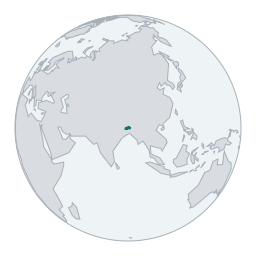 the Earth from above Meghalaya, rotated 344°
{"feature_id": "IND-2489", "entity_name": "Meghalaya", "entity_type": "State", "adm_level": 1, "iso_a3": "IND", "parent_name": "India", "parent_adm1": "", "projection": "orthographic", "projection_center": [91.449, 25.547], "detail": "medium", "context": "on_globe", "style": "filled", "palette": "teal", "viewbox_px": 256, "rotation_deg": 344, "n_neighbors": 0, "source": "natural_earth", "source_scale": "10m", "svg_char_len": 11065}
<svg xmlns="http://www.w3.org/2000/svg" viewBox="0 0 256 256"><g transform="rotate(344 128 128)"><circle cx="128" cy="128" r="113" fill="#eef3f6" stroke="#a8b0b8"/><path d="M171.0,23.9L170.4,23.7L174.8,26.9L179.5,29.5L175.8,27.9L187.2,34.4L191.7,38.6L184.5,33.0L182.1,31.8L184.1,34.0L182.1,33.3L182.0,34.1L179.4,33.2L175.4,30.3L173.7,29.7L175.2,31.4L173.6,31.8L171.6,29.4L168.7,29.9L161.4,25.9L158.1,21.5L152.0,19.7L143.1,16.7L141.8,16.7L137.6,16.0L134.5,15.9L133.7,15.7L132.0,15.8L133.3,16.1L133.0,16.3L131.3,16.3L130.0,15.9L130.6,15.9L129.4,15.8L129.4,15.6L128.5,15.8L127.1,15.5L126.0,15.9L122.8,15.8L122.5,15.6L125.8,15.5L128.7,15.4L137.4,15.8L146.0,16.8L154.5,18.5L162.9,20.9L171.0,23.9ZM183.4,31.7L182.1,30.6L184.0,32.0L183.4,31.7ZM182.4,34.4L183.4,35.0L182.9,35.2L182.4,34.4ZM178.5,34.0L177.4,34.3L177.9,33.5L178.5,34.0ZM126.4,15.4L125.8,15.4L122.1,15.5L126.4,15.4ZM176.3,34.1L173.6,35.1L175.6,36.4L168.4,33.6L173.1,33.5L173.3,32.2L174.6,33.5L176.3,34.1ZM134.4,16.1L133.0,15.9L135.7,16.1L134.4,16.1ZM136.3,16.3L145.3,17.3L146.6,17.9L143.3,17.4L146.3,18.4L142.5,18.2L140.0,17.6L139.9,17.1L138.6,17.4L136.3,16.3ZM164.9,32.0L163.6,31.9L164.2,31.5L164.9,32.0ZM133.0,16.4L134.7,16.5L136.0,17.0L132.8,17.0L133.4,16.8L133.0,16.4ZM148.9,18.9L149.3,19.4L146.3,19.3L146.1,19.6L142.5,18.3L148.9,18.9ZM132.3,16.7L131.2,17.0L129.1,16.9L131.5,16.4L132.3,16.7ZM137.7,17.2L138.1,17.5L136.8,17.3L137.7,17.2ZM120.9,16.9L122.9,16.7L123.8,16.9L120.9,16.9ZM130.9,17.2L131.7,17.2L132.2,17.4L131.1,17.6L130.9,17.2ZM140.7,18.4L139.4,18.3L142.0,18.9L139.9,19.1L137.9,18.2L137.9,18.6L137.2,18.7L136.3,18.0L140.7,18.4ZM131.6,18.2L128.3,17.5L124.4,17.6L123.6,17.4L130.0,17.2L131.6,18.2ZM134.4,18.1L132.5,18.1L132.4,17.7L133.7,17.5L134.4,18.1ZM139.2,19.5L142.9,19.5L143.2,19.7L139.2,19.5ZM130.4,18.3L131.3,18.5L130.2,18.4L130.4,18.3ZM136.5,19.2L137.8,19.1L138.1,19.3L136.5,19.2ZM131.8,19.1L130.8,18.8L131.6,18.5L131.8,19.1ZM134.0,19.2L134.1,19.5L132.6,18.6L134.5,19.1L134.0,19.2ZM136.6,19.4L137.2,19.5L136.0,19.4L136.6,19.4ZM129.2,20.2L127.0,19.1L128.9,18.6L130.7,19.6L129.2,20.2ZM31.2,70.4L37.4,63.5L36.1,67.0L39.3,71.8L39.2,73.5L35.5,77.7L35.3,89.5L39.1,86.9L42.2,95.1L46.4,98.0L53.7,89.5L46.9,84.5L49.0,79.1L57.1,79.1L63.5,84.0L64.5,82.1L63.2,75.6L67.5,73.5L63.1,73.1L62.8,75.6L60.0,75.6L60.1,73.3L61.6,72.6L60.5,70.5L53.6,75.0L52.6,78.1L47.8,75.7L45.7,80.7L43.4,81.7L46.2,73.8L48.1,71.6L51.0,62.1L48.6,64.0L45.7,73.3L45.4,71.9L42.1,75.1L44.3,71.6L48.2,61.4L45.8,59.6L37.8,64.9L37.5,63.7L39.4,60.0L47.1,52.0L47.1,55.6L49.9,53.3L54.0,48.3L53.7,50.0L55.4,48.6L55.8,49.9L60.5,48.4L61.5,49.6L67.3,45.9L68.6,46.2L64.8,48.2L62.7,50.5L65.8,54.2L67.5,54.0L71.0,51.4L71.4,52.9L74.5,50.0L78.2,51.2L76.2,47.4L80.3,44.8L84.7,44.1L85.7,42.7L78.5,43.9L76.0,45.1L74.4,47.1L67.2,50.4L65.3,49.9L71.5,44.3L69.5,43.1L75.2,39.7L91.0,37.7L95.6,38.8L94.7,46.0L91.4,47.0L90.0,44.8L87.6,49.2L89.6,47.7L89.9,49.2L93.9,47.4L94.3,48.4L97.4,45.3L98.4,46.3L96.4,48.3L103.1,47.1L106.2,48.9L107.5,48.2L108.1,47.0L111.6,50.4L112.4,49.8L111.6,48.3L112.7,46.2L116.0,44.0L117.0,45.3L116.0,46.3L115.3,50.5L112.4,53.2L113.2,53.6L116.0,51.6L116.7,46.3L118.4,44.6L118.5,47.0L118.6,46.0L119.8,45.6L121.9,46.5L122.0,43.9L133.4,38.8L138.6,40.4L137.5,42.8L146.5,41.7L151.7,44.3L150.9,42.9L154.8,41.9L153.2,41.0L153.1,40.3L162.1,38.1L165.1,38.8L168.1,36.9L167.6,36.3L165.6,35.6L168.4,33.6L175.6,36.4L176.2,37.7L180.3,38.9L181.0,41.7L183.5,44.8L181.8,47.6L183.9,50.1L185.3,50.3L189.2,54.2L192.4,61.8L183.7,54.5L177.7,44.4L179.6,48.2L177.3,47.1L176.9,48.5L178.4,51.4L179.7,51.8L172.9,56.7L172.9,65.3L177.3,64.4L180.8,66.8L184.7,77.5L179.0,93.2L183.6,97.8L184.3,101.1L181.4,103.4L180.2,98.7L176.6,97.2L176.4,94.4L171.3,97.1L170.8,93.1L167.1,97.4L169.2,100.4L173.9,99.3L170.9,105.1L176.6,110.2L178.0,116.9L171.0,129.4L162.7,133.6L162.4,135.7L158.7,133.5L154.4,137.9L161.6,149.4L161.6,152.8L154.4,159.5L154.1,157.0L144.5,151.2L143.0,159.2L150.4,165.6L152.9,173.1L147.4,170.9L144.8,164.3L141.4,162.0L142.1,155.1L138.7,144.6L133.2,146.6L133.4,142.3L127.9,133.5L119.8,135.8L107.1,146.0L105.7,156.5L101.2,160.6L94.7,144.4L94.2,133.8L90.3,134.2L84.9,124.1L71.2,120.1L70.6,117.1L67.7,117.5L64.1,113.4L63.7,108.5L60.9,107.8L62.3,120.8L65.5,121.7L70.0,118.4L69.7,122.7L73.3,127.7L64.5,135.4L46.4,137.5L46.9,129.3L44.8,103.7L46.1,101.6L46.2,101.3L46.3,100.8L43.8,103.9L44.2,99.1L42.9,116.0L41.7,122.6L46.1,137.9L45.1,138.7L47.2,142.3L56.7,143.0L56.2,145.6L50.4,155.5L39.2,165.9L42.0,177.0L43.5,185.3L39.4,187.5L42.8,194.3L41.1,194.7L43.0,198.2L43.4,200.5L42.9,201.4L39.8,198.0L34.0,190.1L29.0,181.7L21.8,165.4L20.3,159.2L19.0,152.9L16.3,136.2L16.7,129.6L16.6,125.5L16.0,124.2L16.2,119.3L16.1,118.0L16.0,115.9L17.2,107.9L18.9,100.0L21.2,92.3L24.0,84.8L27.3,77.4L31.2,70.4ZM30.9,71.5L29.8,73.3L30.9,71.5ZM68.0,94.5L73.3,97.2L74.9,90.2L77.1,90.8L76.9,88.3L75.0,89.7L75.0,83.2L78.7,82.6L80.1,79.9L78.4,78.9L71.5,81.2L71.5,90.3L68.6,92.2L68.0,94.5ZM64.4,40.3L63.2,41.7L61.0,42.9L59.8,42.2L62.9,40.4L64.4,40.3ZM62.0,43.6L68.5,38.7L69.5,39.3L67.8,39.7L67.9,40.6L65.2,41.6L59.8,47.2L57.6,48.7L56.4,46.1L58.0,46.0L59.1,44.4L62.0,43.6ZM83.3,28.1L86.1,26.7L84.7,29.5L82.2,30.5L80.8,29.6L82.9,27.9L83.3,28.1ZM118.0,16.0L119.2,15.9L119.6,15.9L118.9,16.0L118.0,16.0ZM111.7,16.5L116.6,16.0L119.6,15.7L116.2,16.0L116.9,16.2L121.6,16.2L128.1,16.0L129.0,16.4L127.9,16.8L126.5,16.9L126.4,16.5L124.6,16.9L123.3,16.5L121.8,16.8L113.3,17.0L114.2,16.7L108.1,17.5L108.2,17.2L112.1,16.7L107.6,17.2L111.1,16.6L109.5,16.9L111.7,16.5ZM114.8,24.9L115.2,23.7L111.4,25.8L110.1,24.8L109.8,25.1L107.5,24.9L104.2,25.3L104.0,24.7L102.8,25.1L101.3,25.1L99.5,25.5L98.7,24.8L96.5,25.3L97.3,24.6L93.7,25.8L96.0,24.6L94.3,24.7L93.0,25.8L92.8,22.2L91.0,22.1L88.2,22.8L92.5,21.2L97.9,19.7L103.2,18.8L104.4,19.4L106.1,18.7L107.2,18.8L105.4,19.3L108.8,18.7L109.2,19.0L113.9,19.1L118.7,18.4L120.5,18.5L118.9,19.0L121.9,18.9L120.0,19.9L121.2,20.1L120.6,21.4L116.6,22.4L118.4,22.6L118.0,23.8L114.8,24.9ZM128.8,20.5L124.4,21.6L121.5,21.6L123.8,19.3L122.9,19.0L124.3,17.8L128.4,17.8L127.7,18.1L127.9,18.4L126.5,18.3L127.8,18.7L126.7,19.2L127.5,19.6L125.8,19.8L128.8,20.5ZM41.1,72.6L41.3,73.5L42.2,74.4L40.1,76.6L41.1,72.6ZM43.5,65.7L44.0,66.0L41.6,69.2L41.3,68.4L43.5,65.7ZM46.4,63.6L44.3,65.8L45.3,64.1L46.4,63.6ZM65.5,48.5L66.3,48.8L65.6,49.5L64.2,50.1L65.5,48.5ZM103.3,32.0L104.0,31.1L104.7,31.1L108.0,29.4L109.3,30.1L107.7,31.5L103.3,32.0ZM51.4,90.3L48.9,91.2L48.9,89.9L49.7,89.8L51.4,90.3ZM43.3,83.6L44.2,86.3L42.8,84.2L43.3,83.6ZM105.1,32.6L106.4,31.8L106.2,32.7L105.1,32.6ZM110.3,30.7L110.5,31.6L109.8,30.1L110.3,30.7ZM99.5,233.9L101.7,234.8L99.9,234.5L99.5,233.9ZM56.7,190.1L56.6,202.4L52.8,200.7L50.2,196.2L48.9,188.2L52.6,187.6L53.9,184.4L56.7,190.1ZM179.3,187.4L182.3,187.3L182.2,187.8L179.3,187.4ZM176.2,186.3L179.7,185.9L175.5,187.3L176.2,186.3ZM181.1,185.8L184.6,184.3L186.2,183.3L185.9,184.3L181.1,185.8ZM173.8,186.6L160.3,187.8L154.9,186.9L156.2,185.2L165.0,185.0L173.8,186.6ZM155.8,185.2L147.4,180.8L135.5,166.5L139.8,166.8L152.2,175.3L151.4,176.8L156.5,180.4L155.8,185.2ZM175.8,174.6L175.0,179.1L167.6,179.5L164.2,179.1L161.9,173.6L163.2,170.6L166.0,170.4L176.5,159.2L180.2,161.2L177.1,165.9L180.1,169.5L175.8,174.6ZM106.2,157.6L108.9,164.1L106.4,164.8L106.2,157.6ZM180.4,151.5L176.4,156.5L179.9,150.0L180.4,151.5ZM182.3,145.4L182.7,147.7L180.9,145.7L182.3,145.4ZM162.5,139.0L159.6,139.7L159.4,138.1L163.0,136.2L162.5,139.0ZM179.0,122.6L179.5,127.5L179.1,129.3L177.5,126.5L179.0,122.6ZM117.4,39.9L111.4,41.2L107.9,43.0L107.2,45.4L105.6,42.8L111.0,39.9L117.4,39.9ZM131.3,38.7L131.8,37.0L133.3,37.6L133.4,38.0L131.3,38.7ZM130.4,37.7L127.9,36.0L129.3,34.9L131.0,36.5L130.4,37.7ZM116.3,33.7L114.5,34.0L114.6,33.2L116.3,33.7ZM194.5,218.4L196.5,216.3L199.3,214.6L196.4,217.1L194.5,218.4ZM189.6,212.9L169.2,221.9L165.3,221.9L167.3,219.6L165.7,213.2L167.1,213.2L167.5,208.4L180.1,202.1L189.4,191.9L195.3,191.1L200.4,183.6L206.0,182.5L203.7,188.0L208.7,189.4L214.1,176.8L215.2,187.4L217.5,189.7L215.8,195.9L204.3,209.9L199.6,213.7L199.5,213.2L197.3,214.9L195.2,215.6L195.7,212.9L193.5,214.5L196.4,211.3L192.8,214.5L192.5,212.8L189.6,212.9ZM228.9,176.6L229.2,176.4L229.1,177.5L228.6,178.0L228.9,176.6ZM233.0,167.3L233.0,167.8L232.8,168.2L233.0,167.3ZM232.9,167.3L233.4,165.8L233.1,167.0L232.9,167.3ZM232.1,163.2L232.5,162.3L232.6,162.7L232.1,163.2ZM186.8,186.6L191.1,182.5L193.3,181.8L186.8,186.6ZM231.9,162.3L231.1,162.8L231.3,162.1L231.9,162.3ZM232.1,160.7L232.1,159.8L232.4,161.6L232.1,160.7ZM230.8,159.8L231.6,160.7L230.6,160.1L230.8,159.8ZM230.1,160.5L229.4,160.3L229.5,160.0L230.1,160.5ZM220.2,167.2L223.1,171.1L220.4,172.3L217.5,170.3L214.6,174.5L208.4,176.1L210.0,173.7L209.3,170.9L202.5,171.6L201.1,169.9L203.7,167.9L199.0,167.4L204.1,165.2L206.1,168.8L209.0,164.8L213.6,164.1L217.9,163.9L221.1,165.6L220.2,167.2ZM203.9,174.4L204.8,174.2L203.9,175.6L203.9,174.4ZM228.0,159.0L229.1,160.3L228.9,160.9L228.3,160.9L228.0,159.0ZM221.9,164.6L225.4,159.5L226.1,159.2L223.8,164.2L221.9,164.6ZM224.7,157.7L226.2,157.4L226.9,158.9L226.5,159.6L224.7,157.7ZM193.4,173.0L193.1,174.2L191.8,173.6L193.4,173.0ZM195.2,171.9L199.3,172.3L194.8,173.0L195.2,171.9ZM182.2,170.2L183.4,172.8L187.5,170.3L184.4,173.4L187.0,177.5L186.0,179.3L183.4,174.9L182.3,180.1L180.5,180.3L179.6,176.1L181.5,170.5L183.3,168.0L190.6,165.8L182.2,170.2ZM195.2,168.6L194.1,165.5L194.9,163.2L196.1,164.7L195.2,168.6ZM190.6,158.2L187.4,154.9L184.7,156.8L190.0,150.5L192.2,154.7L190.6,158.2ZM187.6,150.2L185.1,151.9L187.6,148.3L187.6,150.2ZM184.3,150.7L183.8,148.0L185.9,148.1L184.3,150.7ZM189.0,150.1L189.1,145.4L190.4,147.9L189.0,150.1ZM182.5,142.1L187.3,145.9L181.3,144.8L180.2,135.9L182.7,135.4L182.5,142.1ZM190.9,103.7L189.8,101.2L191.8,100.3L192.0,102.2L190.9,103.7ZM197.3,95.7L192.0,99.2L187.5,102.4L189.3,103.3L189.1,107.9L185.9,104.2L188.4,98.9L191.9,97.3L191.7,93.6L193.7,90.7L192.0,86.4L192.7,84.3L195.3,87.8L197.3,95.7ZM191.1,84.6L188.9,77.1L193.0,77.4L194.4,79.1L193.7,82.4L191.6,82.0L191.1,84.6ZM189.6,75.4L187.5,75.1L179.7,65.1L179.1,63.1L187.2,70.4L185.7,70.6L186.8,73.1L189.6,75.4ZM164.4,32.6L163.7,32.0L165.0,32.4L164.4,32.6ZM152.1,39.9L152.2,38.9L153.7,39.3L152.1,39.9ZM153.3,36.8L151.5,36.9L152.9,36.2L153.3,36.8ZM147.7,37.6L150.6,36.8L148.4,38.4L147.7,37.6Z" fill="#d9dde1" stroke="#a8b0b8" stroke-width="1"/><path d="M129.7,129.1L129.5,128.9L129.4,128.9L129.2,128.8L129.1,128.7L128.9,128.7L128.6,128.7L128.5,128.8L128.4,128.8L128.2,128.8L127.7,128.7L127.4,128.7L126.9,128.8L126.8,128.7L126.7,128.7L126.7,128.8L126.5,128.7L126.5,128.8L126.3,128.7L126.1,128.8L125.9,128.7L125.7,128.6L125.3,128.5L125.1,128.5L125.1,128.4L125.1,128.2L125.3,128.0L125.4,127.9L125.3,127.6L125.5,127.4L125.7,127.2L126.0,127.1L126.3,127.1L126.4,127.3L126.5,127.2L126.8,127.2L126.8,127.3L126.9,127.2L127.0,127.2L127.2,127.3L127.3,127.3L127.2,127.4L127.3,127.4L127.6,127.4L127.6,127.6L127.8,127.5L127.8,127.4L128.0,127.4L128.2,127.1L128.3,127.0L128.5,127.2L128.6,126.9L128.8,127.0L129.0,127.0L129.3,126.9L129.4,127.0L129.4,127.3L129.3,127.5L129.5,127.6L129.8,127.7L130.0,127.9L130.1,128.0L130.4,128.4L130.4,128.5L130.2,128.7L130.1,128.8L129.9,128.8L129.7,129.1Z" fill="#14b8a6" stroke="#0f766e" stroke-width="1.5"/></g></svg>